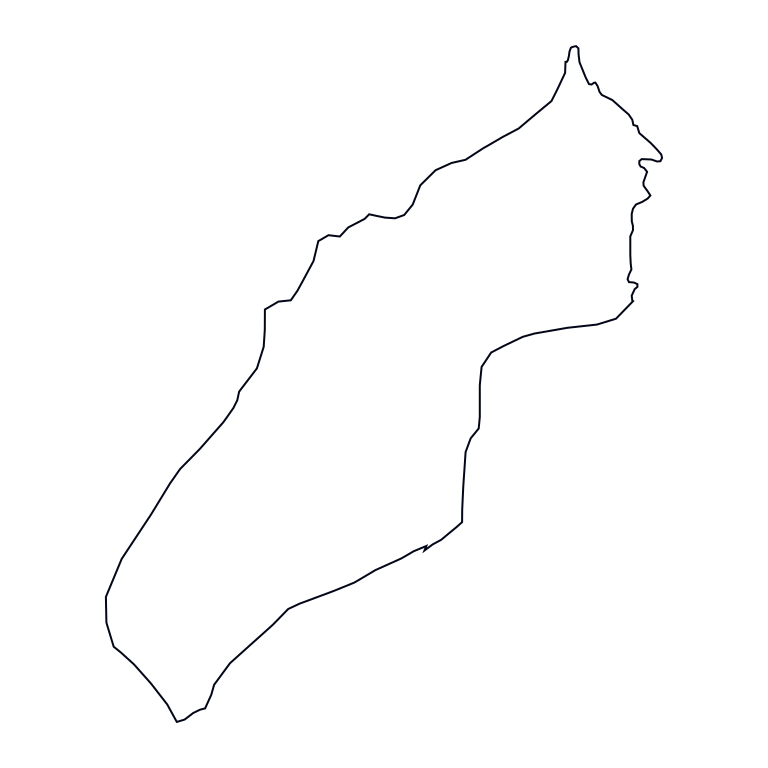 the district of Tchien, Grand Gedeh, Liberia
{"feature_id": "62588387B79134287051190", "entity_name": "Tchien", "entity_type": "district", "adm_level": 2, "iso_a3": "LBR", "parent_name": "Liberia", "parent_adm1": "Grand Gedeh", "projection": "natural_earth1", "projection_center": [-8.022, 6.011], "detail": "fine", "context": "isolated", "style": "outline", "palette": "ink", "viewbox_px": 768, "rotation_deg": 0, "n_neighbors": 0, "source": "geoboundaries", "source_scale": "gbopen_adm2", "svg_char_len": 2230}
<svg xmlns="http://www.w3.org/2000/svg" viewBox="0 0 768 768"><path d="M176.8,721.9L182.2,720.3L183.3,720.0L184.7,719.5L193.2,713.0L200.0,709.7L205.1,708.4L211.3,694.7L214.1,684.8L230.0,663.2L251.8,643.6L252.6,642.9L272.9,624.7L288.2,609.0L299.5,603.7L333.6,591.0L354.5,582.5L360.6,578.9L375.4,570.1L390.3,563.4L401.4,558.4L413.8,551.2L426.3,546.0L424.5,550.5L432.7,544.4L441.2,539.8L449.1,533.2L457.0,526.7L462.1,522.1L462.2,509.7L463.2,488.0L463.3,486.1L465.6,452.0L470.7,438.3L478.7,428.5L479.8,417.0L479.8,404.2L479.8,392.3L479.8,385.2L481.6,366.9L491.2,352.5L503.6,346.0L522.8,336.8L532.9,334.0L534.1,333.6L567.4,327.8L595.8,324.7L596.8,324.6L616.0,318.7L633.1,301.1L632.3,300.5L631.7,295.7L634.7,289.1L637.4,286.9L637.4,284.1L633.8,282.5L628.9,282.1L627.6,279.1L629.0,274.5L631.4,269.4L630.7,263.6L630.3,254.8L630.3,236.4L633.0,230.1L632.9,225.7L631.8,221.4L631.7,214.0L633.0,208.7L636.0,204.5L642.2,201.9L647.6,198.6L650.4,195.5L647.1,190.5L645.9,188.9L643.6,185.7L643.4,182.3L647.1,171.8L644.1,168.0L640.6,166.5L639.3,164.1L639.3,161.1L641.7,159.1L651.4,159.5L657.1,161.5L660.4,161.2L662.1,157.9L661.2,154.4L656.5,149.0L650.7,143.0L639.3,133.1L637.2,126.1L633.4,125.0L632.3,119.8L628.7,114.5L622.7,109.3L612.4,100.1L601.9,95.0L599.6,92.0L597.6,86.1L595.4,82.6L593.9,82.8L591.6,84.5L589.0,84.1L585.7,77.5L579.5,62.2L578.6,54.6L578.4,48.3L576.0,46.1L572.2,47.0L570.8,47.9L569.5,51.6L568.9,56.0L567.9,60.2L566.8,61.9L565.5,61.9L565.1,72.9L557.1,89.9L551.5,101.0L537.3,112.8L528.0,120.6L518.7,128.5L502.8,136.9L486.7,146.3L483.6,148.0L465.5,159.8L451.4,163.0L450.4,163.5L442.7,167.0L435.6,170.2L420.3,185.3L412.7,204.6L404.2,215.0L395.1,218.3L392.1,218.1L385.0,217.6L377.1,216.0L369.2,214.3L364.6,218.9L348.3,227.4L339.8,236.5L328.5,235.2L318.3,241.1L313.5,261.1L312.5,262.9L301.7,283.0L301.3,283.7L297.9,289.9L297.6,290.5L290.8,300.3L278.4,301.6L266.8,308.4L264.9,309.5L264.8,329.8L263.7,346.8L256.9,368.4L248.7,379.1L240.8,389.4L239.1,391.7L237.3,400.2L233.4,408.0L226.6,417.7L223.2,422.4L199.5,449.3L180.2,468.9L178.5,471.3L170.1,483.3L151.1,514.4L121.7,558.9L105.9,596.9L106.4,622.4L106.7,623.6L113.7,646.7L121.0,652.6L134.0,664.4L150.9,683.4L167.2,704.4L176.8,721.9Z" fill="none" stroke="#020617" stroke-width="2"/></svg>